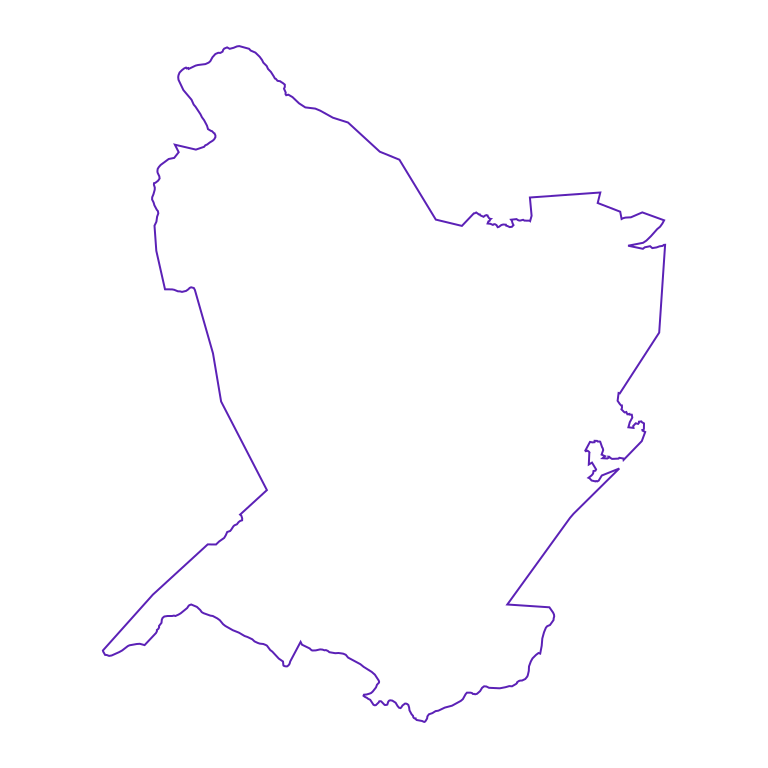 Santos Reyes Nopala, Oaxaca, Mexico (orthographic projection)
{"feature_id": "50627088B74291328650735", "entity_name": "Santos Reyes Nopala", "entity_type": "district", "adm_level": 2, "iso_a3": "MEX", "parent_name": "Mexico", "parent_adm1": "Oaxaca", "projection": "orthographic", "projection_center": [-97.189, 16.083], "detail": "fine", "context": "isolated", "style": "outline", "palette": "violet", "viewbox_px": 768, "rotation_deg": 0, "n_neighbors": 0, "source": "geoboundaries", "source_scale": "gbopen_adm2", "svg_char_len": 6073}
<svg xmlns="http://www.w3.org/2000/svg" viewBox="0 0 768 768"><path d="M529.9,197.5L531.6,215.8L530.1,221.1L529.6,220.7L524.4,220.6L523.1,219.8L520.5,220.5L519.1,220.5L518.0,220.1L516.5,219.1L511.1,219.7L511.8,220.6L512.6,223.4L513.5,225.1L511.9,226.8L509.7,227.1L507.2,225.9L506.2,225.7L505.9,224.7L503.2,224.5L501.4,225.0L498.8,226.9L497.7,227.2L496.5,225.1L494.9,224.2L494.0,224.2L492.9,224.9L490.4,223.8L487.6,223.5L488.4,221.4L489.6,220.8L490.3,219.3L490.8,218.9L489.8,218.7L489.1,218.2L487.7,216.2L487.6,215.5L486.4,215.1L484.7,215.8L483.6,216.8L480.4,215.4L479.8,214.4L479.0,214.5L476.2,212.5L474.7,213.3L473.9,213.3L461.9,225.9L435.8,219.6L399.4,159.7L379.8,151.7L348.0,122.5L332.9,117.7L320.3,110.7L315.3,108.6L305.3,107.4L299.0,103.3L292.5,97.1L288.4,94.7L286.2,95.2L285.5,94.1L285.7,92.5L284.0,88.7L284.8,87.0L284.8,84.6L282.4,82.7L281.5,82.3L280.3,81.3L277.5,80.8L275.8,78.8L274.9,78.5L273.7,76.3L270.9,71.9L268.0,68.9L266.7,66.0L263.3,62.6L262.1,60.1L259.7,56.8L255.4,52.6L250.6,50.5L249.1,48.8L239.3,46.1L237.0,46.4L233.6,47.8L229.7,48.8L227.1,47.4L224.2,48.6L223.1,50.0L222.6,51.6L220.4,52.9L218.2,52.8L215.4,54.0L212.5,57.2L210.3,61.2L208.7,62.6L205.4,64.1L198.0,65.0L195.6,65.6L188.7,68.9L187.9,67.3L187.9,68.0L186.9,68.5L186.0,67.6L184.2,68.4L182.0,70.1L179.6,72.5L178.5,75.2L178.2,77.1L178.5,79.8L183.4,90.1L191.5,99.7L193.7,104.6L195.5,106.7L200.5,114.3L201.9,117.2L204.1,120.2L207.0,125.7L208.0,129.1L211.0,130.9L211.9,131.1L214.2,133.4L214.5,133.4L215.4,135.4L215.4,137.2L214.2,139.3L212.7,140.7L209.6,142.6L207.2,144.5L205.3,145.3L204.1,146.8L195.9,149.6L174.9,144.7L178.7,152.2L174.2,157.9L168.7,159.0L160.6,165.0L158.8,167.1L157.7,168.9L157.4,171.2L157.6,172.7L159.3,176.3L159.6,178.5L158.1,180.7L155.4,182.8L154.0,183.2L153.9,184.8L154.8,187.6L154.7,189.8L153.4,194.4L152.2,197.2L152.1,199.5L153.6,202.5L154.4,205.3L156.8,209.8L157.9,211.1L158.3,213.4L157.1,216.7L156.4,221.7L154.5,225.7L156.3,250.8L165.0,289.3L172.1,289.4L174.2,289.8L177.9,291.3L180.1,291.4L182.0,291.9L186.1,290.9L188.2,289.4L189.7,287.9L191.1,287.3L193.8,288.0L194.9,290.0L213.0,353.4L221.1,401.5L266.9,490.1L240.1,514.6L241.3,515.6L242.2,518.4L242.1,520.3L240.2,520.9L238.6,522.1L236.9,524.3L234.5,525.3L233.4,526.3L231.2,529.7L230.1,531.0L227.2,532.0L225.8,535.2L224.2,537.9L219.1,541.5L216.0,544.5L207.7,544.4L152.9,594.6L102.9,650.5L103.2,651.6L105.1,654.9L106.7,655.0L109.1,655.9L111.6,655.5L119.2,652.1L122.1,650.5L127.8,646.1L129.5,645.3L136.8,644.0L139.8,643.8L144.6,645.1L156.0,633.0L156.9,631.3L156.9,630.0L158.3,628.9L159.1,627.4L159.0,626.0L161.5,622.8L161.8,619.7L162.6,617.9L164.3,616.5L167.6,616.0L172.1,616.0L174.0,615.6L175.4,616.0L178.5,614.6L180.7,613.3L187.2,608.0L188.4,606.1L189.3,605.2L191.2,604.5L196.9,606.9L200.3,610.1L201.7,612.1L203.6,613.2L210.3,615.6L212.8,616.0L217.3,618.4L219.8,620.2L223.1,624.2L225.4,626.0L232.8,630.2L238.8,632.6L244.6,636.0L247.5,637.0L252.3,639.3L254.5,641.4L257.7,642.9L259.7,643.6L263.3,644.0L265.8,645.0L267.0,645.7L270.2,650.0L272.3,651.6L278.8,658.6L283.0,661.5L283.4,665.4L283.6,665.7L284.8,666.2L286.2,666.4L287.3,666.3L288.7,665.1L289.6,663.7L290.2,661.5L300.6,641.9L302.0,644.7L309.8,648.5L310.8,649.6L312.2,650.5L315.7,650.4L320.1,649.4L322.5,649.6L324.5,650.3L325.9,650.1L327.8,650.9L329.4,652.2L335.2,653.2L338.5,653.0L341.5,653.4L343.3,653.7L345.8,654.8L348.1,657.6L360.4,664.2L363.7,666.9L371.7,671.9L374.9,674.7L378.7,680.5L379.1,681.7L379.0,682.6L377.0,684.7L376.0,687.4L372.7,691.6L371.1,693.0L369.6,693.6L366.5,694.5L364.0,694.7L363.5,695.8L364.8,696.8L367.2,698.0L368.1,698.8L370.2,699.8L373.5,704.8L374.8,705.3L375.9,705.1L378.7,702.4L379.3,701.3L380.3,701.2L381.2,701.4L384.6,704.9L385.9,705.0L387.3,704.6L388.3,701.6L389.1,700.7L390.1,700.3L392.3,700.6L395.6,702.7L397.5,705.9L399.0,707.7L400.5,708.1L401.2,707.5L402.5,705.5L405.0,703.6L406.1,703.6L407.3,704.1L408.3,704.9L409.1,707.4L409.5,710.4L411.6,714.3L413.0,715.8L413.3,717.2L413.8,717.9L414.8,718.5L415.6,718.4L415.8,719.2L416.7,720.0L422.1,721.0L423.8,721.8L424.6,721.9L425.5,721.1L427.1,718.5L427.4,716.4L428.9,714.3L432.4,713.1L435.6,711.1L438.3,710.7L444.8,707.6L452.0,705.7L460.8,700.9L462.9,699.1L465.6,694.2L466.9,692.7L470.6,692.7L471.9,693.0L473.0,694.0L474.1,693.9L475.1,694.3L477.0,693.8L480.1,691.1L482.1,687.8L484.1,686.3L486.4,686.5L489.0,687.8L499.8,688.3L505.5,687.2L509.3,686.1L512.0,686.3L516.0,684.0L516.9,683.2L517.0,682.4L518.7,681.1L520.0,680.6L522.1,680.5L525.3,679.0L527.3,676.5L527.8,675.2L528.8,670.9L529.0,666.4L530.8,661.5L532.5,658.4L536.0,654.9L538.5,653.0L540.2,653.6L541.7,645.8L542.3,638.5L544.0,632.3L545.9,627.7L547.2,626.2L550.0,625.0L553.5,620.1L553.7,618.2L554.2,616.4L554.0,614.6L553.1,612.6L549.4,607.3L507.3,604.5L570.0,517.9L573.6,513.7L619.3,468.5L601.8,475.5L598.7,480.6L597.2,481.4L596.1,481.0L595.5,481.4L591.6,480.5L589.6,478.3L588.5,477.8L591.6,475.4L592.4,474.5L593.1,473.5L593.5,471.0L595.4,470.7L596.1,469.4L592.0,462.6L588.8,464.5L589.3,453.3L589.5,452.5L588.9,451.7L587.5,450.7L585.8,451.2L585.3,450.6L590.0,441.9L592.5,442.4L594.5,442.2L594.6,440.8L597.1,440.9L597.7,441.5L599.8,441.5L600.2,441.7L602.2,447.5L602.7,448.1L603.2,450.1L601.6,454.6L605.0,456.2L602.6,458.2L607.3,458.5L608.2,458.0L608.5,457.1L608.4,456.7L609.4,456.8L610.0,457.7L612.1,458.9L618.5,458.6L619.3,457.8L623.4,458.5L623.6,459.9L641.8,441.1L645.2,432.0L642.5,430.6L642.4,430.0L642.9,430.0L643.6,429.6L643.9,428.6L644.0,423.4L641.9,422.2L641.3,421.4L639.0,421.7L639.1,422.6L638.1,423.9L635.7,423.3L633.2,426.0L633.5,427.9L628.4,427.3L629.8,422.2L632.3,417.6L631.8,414.7L629.5,414.6L629.4,413.9L627.4,414.3L626.3,412.0L624.9,412.5L624.2,412.1L621.4,409.3L622.0,407.9L621.9,405.6L621.4,405.7L619.8,404.0L617.6,400.8L618.6,393.0L619.8,393.4L659.2,332.6L665.1,244.8L663.8,244.9L662.6,245.9L659.6,246.3L656.6,247.4L652.3,248.1L650.1,246.2L644.8,247.3L642.9,248.8L628.1,245.7L643.1,242.8L646.4,240.6L651.0,236.1L657.2,229.1L660.1,226.7L662.4,223.5L664.1,220.3L642.3,212.4L630.9,217.3L625.4,217.6L623.1,218.2L621.6,219.0L620.2,211.7L597.7,203.0L600.3,192.5L529.9,197.5Z" fill="none" stroke="#5b21b6" stroke-width="2"/></svg>